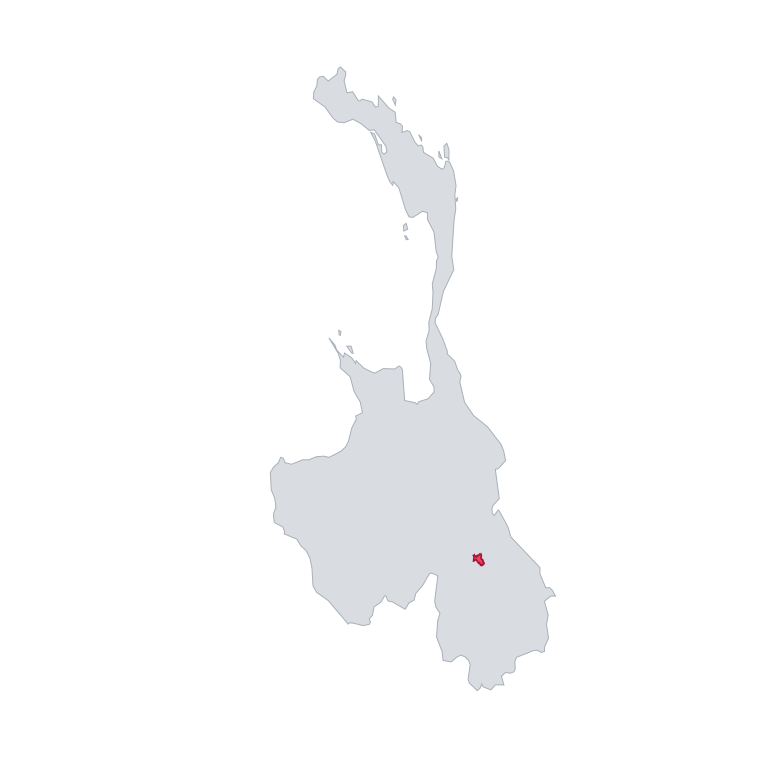 location of Thung Saliam, Sukhothai, Thailand, rotated 170°
{"feature_id": "78962969B26447913933028", "entity_name": "Thung Saliam", "entity_type": "district", "adm_level": 2, "iso_a3": "THA", "parent_name": "Thailand", "parent_adm1": "Sukhothai", "projection": "equal_earth", "projection_center": [99.595, 17.377], "detail": "fine", "context": "in_parent", "style": "filled", "palette": "rose", "viewbox_px": 768, "rotation_deg": 170, "n_neighbors": 0, "source": "geoboundaries", "source_scale": "gbopen_adm2", "svg_char_len": 6193}
<svg xmlns="http://www.w3.org/2000/svg" viewBox="0 0 768 768"><g transform="rotate(170 384 384)"><path d="M339.2,68.7L339.7,71.8L342.2,67.8L345.4,65.8L351.8,74.6L352.5,78.4L347.9,92.6L348.7,97.3L351.6,101.2L355.2,103.5L358.9,102.8L366.0,98.7L373.8,101.4L373.3,110.8L376.2,125.7L372.4,141.0L368.7,148.6L371.6,155.2L371.8,161.4L364.4,185.3L365.9,187.1L370.6,189.7L372.6,188.9L380.4,179.5L389.1,172.2L391.9,166.0L397.4,164.0L402.3,158.5L413.7,168.1L416.7,169.0L418.1,170.6L418.7,174.6L420.1,175.3L424.8,169.8L432.5,166.2L435.6,158.0L439.2,155.6L438.8,151.5L440.0,150.0L446.3,149.6L456.0,153.9L459.4,154.8L461.0,153.8L476.5,180.4L486.5,190.5L489.0,197.4L486.9,215.3L487.2,225.4L489.5,233.2L493.7,238.6L496.9,246.4L508.4,253.8L507.5,255.8L508.3,260.6L515.5,266.2L516.1,268.0L515.4,275.3L512.1,280.8L511.5,285.3L511.5,290.8L513.4,299.3L511.3,316.6L507.0,321.5L501.5,325.0L498.5,329.7L496.2,328.5L495.1,323.7L489.0,321.0L477.2,323.5L471.3,322.4L463.4,324.1L455.7,323.4L451.1,321.3L438.3,325.1L432.9,328.6L429.0,333.6L423.3,346.4L417.4,354.2L417.4,357.4L410.2,359.4L410.5,370.3L414.8,382.1L416.1,397.1L424.4,407.7L422.8,415.1L423.8,422.3L430.3,438.9L425.6,431.0L424.7,425.6L419.2,417.4L417.5,421.4L411.1,415.2L408.4,409.1L407.4,411.8L401.1,403.1L394.7,398.4L391.1,396.3L382.1,399.3L370.7,396.9L366.3,399.2L364.5,397.8L363.4,395.2L366.5,364.1L356.6,360.2L354.9,358.2L352.8,360.5L343.1,361.8L336.1,367.5L335.2,372.3L338.4,380.8L334.4,396.2L335.7,410.8L335.2,418.8L330.3,428.9L329.1,437.1L323.5,449.5L319.9,465.3L319.0,474.4L312.5,488.4L310.9,496.3L308.6,499.2L309.6,505.5L308.4,524.8L312.6,538.7L311.5,545.2L316.0,547.4L326.7,543.1L330.3,544.2L332.5,551.8L335.3,574.7L339.8,581.7L340.9,578.2L343.1,581.9L344.7,588.7L350.4,624.8L353.4,634.2L349.9,631.9L348.0,620.5L344.9,620.0L346.0,612.8L344.0,610.3L340.8,612.3L340.9,617.9L349.4,635.9L354.7,636.5L361.4,644.4L368.7,650.2L378.0,648.2L384.3,650.1L388.1,654.9L394.1,667.1L404.0,677.3L402.5,683.7L398.6,688.8L396.6,695.6L393.9,697.6L390.3,697.6L386.3,692.0L376.6,697.2L374.4,702.4L371.9,703.8L367.6,698.0L368.0,694.7L370.6,689.8L369.9,677.3L364.1,677.2L360.2,667.8L358.9,666.9L356.1,668.3L346.9,663.9L344.2,658.0L341.4,658.5L339.5,668.6L331.4,655.1L325.8,649.6L326.6,639.5L322.7,637.4L321.1,634.6L322.6,628.6L317.3,629.5L314.8,627.9L311.7,617.1L309.1,612.8L305.7,612.8L304.6,610.7L304.9,605.3L296.3,597.8L293.6,589.2L289.6,585.4L287.0,586.5L284.4,592.6L282.5,592.3L280.7,590.5L278.5,581.9L278.6,566.9L281.4,558.1L282.9,544.1L286.8,532.3L295.1,497.9L295.4,484.4L309.4,465.0L318.7,443.0L321.8,439.8L323.1,435.7L318.2,417.9L316.0,405.6L316.4,402.4L310.4,394.1L308.9,384.5L307.3,381.5L306.8,378.3L309.0,372.7L307.8,351.8L301.3,337.4L289.6,324.0L279.2,304.3L277.8,297.4L277.5,287.5L285.9,280.9L289.2,280.5L290.4,251.1L297.7,245.5L299.2,243.1L299.9,238.1L298.2,235.3L293.5,240.1L292.6,239.1L286.8,221.8L285.6,211.3L262.3,176.1L263.4,170.2L260.1,155.1L256.6,154.8L254.3,152.1L251.9,145.3L256.4,146.2L263.7,142.3L262.5,127.7L265.7,119.2L266.1,105.2L271.7,96.9L272.4,92.8L275.5,92.3L279.5,95.3L283.7,95.4L301.0,91.8L303.3,88.1L304.3,80.4L306.0,78.0L309.9,77.3L314.4,78.8L319.1,75.8L318.2,66.8L326.5,68.4L331.8,64.2L339.2,68.7ZM284.9,596.7L283.7,607.9L280.4,610.2L279.3,603.7L281.2,593.2L282.1,595.6L284.9,596.7ZM337.9,531.2L337.4,536.6L334.4,538.4L333.7,532.3L337.9,531.2ZM410.4,420.0L414.0,427.7L409.8,427.0L409.0,419.6L410.4,420.0ZM324.7,665.1L322.9,661.8L324.4,656.7L326.0,662.9L324.7,665.1ZM290.4,597.9L289.6,604.1L287.9,595.7L290.4,597.9ZM338.0,526.4L336.4,525.7L335.1,522.2L337.0,522.2L338.0,526.4ZM304.7,616.3L306.6,623.5L304.4,620.2L304.7,616.3ZM419.7,440.2L419.2,444.8L417.3,442.9L418.5,439.6L419.7,440.2ZM280.9,553.3L278.9,555.0L280.6,550.7L280.9,553.3Z" fill="#d9dde1" stroke="#a8b0b8" stroke-width="1"/><path d="M318.2,199.9L318.4,199.8L318.7,199.8L318.9,199.8L319.0,199.8L319.0,199.7L319.0,199.8L319.3,200.0L319.7,199.7L320.0,199.4L320.0,199.2L320.3,199.1L321.1,198.8L321.2,198.7L321.3,198.6L321.5,198.8L321.8,198.9L321.8,199.0L322.0,199.0L322.1,198.9L322.3,198.8L322.3,198.7L322.3,198.4L322.3,198.2L322.5,198.2L322.8,198.0L322.8,197.9L323.0,197.8L323.1,197.7L323.1,197.8L323.3,198.0L323.3,198.3L323.5,198.3L323.5,198.5L323.9,198.8L324.0,198.8L324.3,198.9L324.3,199.0L324.5,199.2L324.6,199.3L324.7,199.5L324.8,199.6L324.8,199.8L325.0,199.6L325.3,199.6L325.5,199.6L325.4,199.5L325.4,199.4L325.4,199.2L325.5,199.0L325.4,198.9L325.3,198.7L325.5,197.9L325.6,197.6L325.7,197.3L325.8,197.1L326.0,196.6L326.0,196.2L326.3,195.1L326.4,194.8L326.5,194.4L326.7,194.2L326.4,193.9L326.1,194.1L325.6,194.3L325.3,194.6L325.2,194.7L325.0,194.8L324.7,194.8L324.4,195.0L324.2,195.1L323.9,195.1L323.9,194.9L323.8,194.6L323.7,194.6L323.6,194.4L323.5,194.2L323.4,194.2L323.3,193.9L323.2,193.7L322.9,193.5L322.9,193.4L322.8,193.2L322.9,192.9L322.9,192.7L322.7,192.5L322.7,192.4L322.5,192.2L322.4,192.1L322.4,191.9L322.3,191.7L322.2,191.7L322.1,191.4L322.0,191.2L321.9,191.2L321.9,190.9L321.8,190.7L321.6,190.6L321.4,190.5L321.2,190.8L321.0,191.0L321.0,190.9L320.9,190.8L320.8,190.7L320.9,190.3L320.8,190.2L320.7,190.1L320.5,189.9L320.4,189.7L320.2,189.6L320.3,189.5L320.4,189.2L320.5,188.8L320.3,188.7L320.2,188.4L320.2,188.5L320.0,188.4L319.9,188.4L319.7,188.4L319.4,188.3L319.3,188.5L319.3,188.4L319.3,188.5L319.2,188.4L319.1,188.5L319.1,188.4L319.0,188.2L318.9,188.2L318.9,188.3L318.7,188.4L318.7,188.5L318.5,188.4L318.4,188.5L318.5,188.6L318.4,188.6L318.3,188.8L318.2,188.9L317.9,189.0L317.8,188.9L317.7,188.9L317.6,189.0L317.4,189.2L317.3,189.3L317.2,189.3L316.9,189.4L316.9,189.5L316.8,189.8L316.6,189.8L316.5,190.0L316.8,190.6L316.9,190.8L316.7,191.0L316.8,191.1L316.9,191.3L317.0,191.3L317.3,191.7L317.6,191.7L317.6,191.8L317.6,192.1L317.5,192.3L317.4,192.3L317.3,192.5L317.2,192.7L317.1,192.8L317.2,193.1L317.3,193.6L317.6,193.6L317.7,193.8L317.7,194.0L317.8,194.0L318.0,194.3L318.1,194.5L318.2,194.4L318.5,194.5L318.6,194.8L318.5,195.0L318.7,195.5L318.7,196.0L318.8,196.2L318.7,196.3L318.6,196.5L318.4,196.7L318.3,196.8L318.2,197.1L318.1,196.9L318.1,197.1L318.1,197.4L318.0,197.5L317.9,197.6L317.9,197.8L318.0,198.0L317.9,198.3L318.0,198.5L318.0,198.8L318.1,199.2L318.0,199.3L318.2,199.5L318.2,199.9Z" fill="#f43f5e" stroke="#9f1239" stroke-width="1.5"/></g></svg>